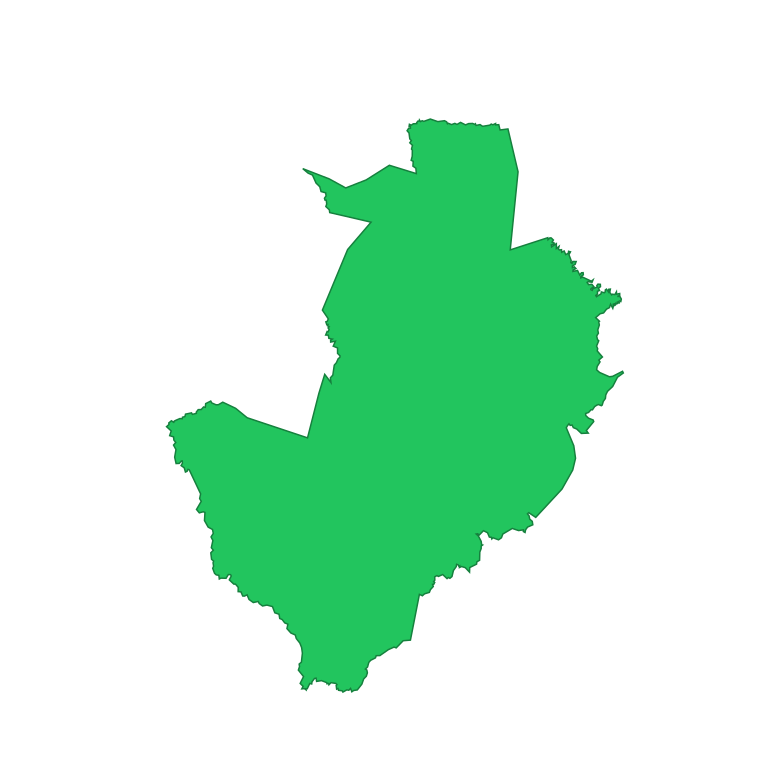 outline of Guachochi, Chihuahua, Mexico, rotated 50°
{"feature_id": "50627088B93853407634097", "entity_name": "Guachochi", "entity_type": "district", "adm_level": 2, "iso_a3": "MEX", "parent_name": "Mexico", "parent_adm1": "Chihuahua", "projection": "mercator", "projection_center": [-107.196, 27.145], "detail": "fine", "context": "isolated", "style": "filled", "palette": "green", "viewbox_px": 768, "rotation_deg": 50, "n_neighbors": 0, "source": "geoboundaries", "source_scale": "gbopen_adm2", "svg_char_len": 6170}
<svg xmlns="http://www.w3.org/2000/svg" viewBox="0 0 768 768"><g transform="rotate(50 384 384)"><path d="M257.6,325.4L287.8,383.7L298.3,384.8L299.5,387.2L299.0,388.6L301.5,389.6L302.4,388.6L302.9,389.9L304.9,389.2L305.1,390.8L307.0,391.0L308.1,393.3L307.2,393.8L309.0,397.2L310.8,395.3L313.6,396.9L316.4,394.7L316.2,396.8L317.6,397.9L320.0,393.7L322.4,398.6L326.5,396.4L330.7,399.9L334.2,399.6L335.2,400.7L335.2,402.9L337.1,406.8L337.6,410.0L344.3,417.5L344.8,421.1L348.8,423.7L338.5,423.2L349.3,439.9L376.1,477.2L321.9,510.5L307.2,513.3L294.3,519.2L293.4,524.2L292.0,526.0L287.8,528.1L285.7,527.7L284.4,533.2L287.0,535.9L285.6,537.0L286.1,540.4L284.2,542.8L284.9,545.9L285.9,546.6L284.1,550.3L282.4,550.0L279.5,555.4L281.0,557.5L279.9,559.7L280.9,560.9L279.3,562.5L278.1,566.4L277.6,568.4L278.2,569.7L275.5,570.5L275.5,573.9L276.8,574.7L276.9,578.0L283.2,577.2L285.8,581.4L289.2,579.2L291.9,581.0L294.9,581.1L295.5,584.5L300.5,585.5L305.5,591.4L311.3,594.4L313.2,591.9L312.7,588.7L313.3,588.0L315.1,589.3L316.1,591.9L319.7,590.9L323.8,592.7L324.3,591.0L323.4,589.0L324.4,588.3L350.3,595.1L353.3,598.9L356.4,599.4L359.6,608.3L364.0,608.3L365.7,604.6L367.3,603.7L373.2,609.3L380.6,610.7L385.2,608.9L388.7,610.8L390.0,614.8L393.9,615.7L398.4,621.5L401.6,621.6L402.0,625.2L407.5,628.8L410.1,628.3L411.1,629.9L414.1,631.7L415.1,633.7L420.1,635.5L422.4,635.2L424.4,633.5L427.5,635.5L427.9,633.7L431.3,629.9L429.9,625.7L431.4,624.1L432.9,624.4L434.6,628.4L440.7,627.7L441.9,626.4L446.1,626.4L449.3,629.2L451.3,627.2L455.6,628.5L456.8,627.2L457.5,624.4L462.3,625.9L467.4,624.6L469.7,620.2L472.0,620.7L476.0,619.7L478.1,615.8L482.8,612.5L489.1,614.7L492.9,612.4L496.6,614.6L499.0,613.4L503.2,613.6L506.2,612.0L509.0,615.6L514.9,615.4L519.2,613.3L522.6,614.8L528.4,615.0L532.9,616.5L537.7,619.5L544.0,626.1L544.0,629.0L546.2,630.4L548.1,633.5L556.4,633.7L559.5,640.7L563.6,640.3L564.7,642.9L566.2,640.8L568.2,640.3L567.2,639.7L568.1,638.7L565.7,633.4L567.3,632.2L565.8,630.5L564.9,626.5L565.7,625.1L568.5,626.8L571.1,622.5L576.0,619.8L577.0,620.4L577.8,618.9L579.0,619.5L578.7,616.6L582.5,613.3L584.1,613.3L584.2,614.4L587.3,616.4L587.7,615.0L589.4,615.7L592.2,613.2L593.6,613.5L594.4,609.1L596.0,607.8L595.7,605.3L599.1,606.5L599.3,604.2L601.2,601.1L599.7,593.9L596.9,589.2L596.5,585.4L594.6,582.4L592.1,581.0L590.4,581.5L590.2,578.5L587.5,574.6L587.1,571.8L588.3,566.6L587.1,564.6L589.4,561.7L590.3,551.4L592.0,545.4L594.0,544.3L593.0,534.3L597.2,528.4L567.9,492.1L570.9,490.7L570.8,487.8L572.8,483.2L571.4,480.7L570.8,476.4L568.7,475.6L569.4,474.6L568.6,472.7L567.3,473.0L566.9,471.1L564.3,469.1L564.8,466.6L566.4,466.0L567.7,461.5L573.6,460.8L573.6,459.1L575.2,458.4L575.2,455.7L571.5,450.7L570.3,446.0L568.8,444.3L570.3,443.4L571.8,443.8L572.0,442.9L573.1,444.1L573.7,441.9L576.9,439.8L583.1,439.4L579.7,436.3L581.5,428.9L579.9,427.2L580.5,424.1L574.3,418.6L572.5,415.3L570.6,413.7L570.7,412.0L569.9,412.5L567.0,410.7L561.1,409.4L558.2,409.8L558.9,408.5L560.9,408.1L560.3,402.1L564.5,400.3L569.0,401.7L570.4,400.3L572.0,401.0L571.8,399.4L577.0,396.4L577.3,392.9L575.3,389.4L577.1,378.6L582.8,375.1L585.3,371.0L586.6,372.1L588.4,371.4L586.7,369.2L585.9,366.0L587.5,360.5L584.5,358.7L581.2,359.2L578.2,357.6L575.7,357.6L575.6,355.8L583.7,353.5L578.9,315.2L571.2,294.7L564.0,285.0L553.3,278.3L534.7,272.5L534.0,270.7L533.4,267.9L535.4,268.0L536.3,266.3L539.1,267.0L542.4,265.3L548.7,264.6L552.9,259.1L549.7,258.9L547.6,247.5L546.0,246.9L541.6,249.3L537.8,249.7L536.2,248.5L537.3,245.6L536.8,241.9L537.8,240.9L536.7,237.2L537.0,234.6L537.6,232.9L540.3,231.5L540.4,230.4L538.3,227.2L537.4,223.7L534.9,221.1L533.3,217.5L532.9,210.4L528.9,200.8L529.4,193.6L527.6,193.1L525.1,203.9L523.3,206.7L513.8,211.4L509.8,212.0L507.6,209.4L505.9,204.3L503.8,204.1L503.7,199.3L495.7,199.4L494.3,197.6L491.6,196.8L488.9,191.7L487.2,191.9L483.9,190.2L482.9,187.1L480.0,185.5L477.2,181.1L474.4,179.6L474.4,178.6L469.2,179.2L469.1,173.3L470.7,170.1L469.7,165.4L470.4,162.2L468.5,159.1L473.1,160.1L471.5,157.8L472.3,156.7L471.0,157.7L470.2,157.1L470.8,155.7L472.1,155.7L471.2,154.3L472.2,154.2L472.5,153.2L471.5,152.6L473.7,151.3L471.6,151.6L471.9,150.0L473.0,149.5L471.5,147.6L468.5,147.0L466.9,149.0L467.7,146.5L466.2,145.3L464.7,148.1L462.8,146.7L463.9,149.7L462.1,151.2L462.1,152.3L459.0,152.2L456.8,149.6L455.9,151.0L457.7,152.8L454.3,152.6L454.2,154.0L455.6,155.3L455.7,156.6L453.2,158.3L454.4,159.8L453.7,165.1L452.3,164.8L452.3,162.7L450.2,160.9L450.9,158.8L448.5,158.2L448.6,155.6L446.7,154.2L445.0,155.9L445.4,157.7L446.8,158.2L445.3,162.7L446.1,164.3L444.6,164.9L444.0,164.1L444.4,160.7L441.2,160.7L439.4,163.4L436.7,163.1L436.8,161.9L439.8,159.2L438.6,157.0L438.5,159.1L429.9,163.1L429.2,165.1L428.3,164.3L428.5,161.1L426.7,159.9L425.7,161.2L426.3,164.0L421.4,162.8L419.2,166.9L418.2,165.9L418.9,162.8L416.6,162.9L416.0,164.9L414.6,163.8L415.2,160.7L413.7,158.1L411.5,160.6L412.5,162.5L411.1,162.8L409.8,161.3L403.8,159.2L402.6,156.2L401.0,157.3L402.3,158.8L401.7,161.6L397.9,160.5L397.3,163.2L395.2,161.7L394.1,163.5L392.7,163.7L391.1,161.5L391.0,164.9L387.3,161.8L386.7,167.5L384.9,166.3L385.9,164.3L385.5,163.0L383.3,164.0L382.6,161.7L379.6,162.0L378.7,163.0L378.9,165.6L377.2,164.5L362.4,201.1L307.6,144.9L268.3,125.1L264.0,131.8L259.1,129.4L257.2,132.0L256.2,131.1L255.4,134.0L253.8,134.8L253.7,136.6L250.0,142.8L247.0,143.7L245.1,147.3L243.4,146.7L243.4,147.6L241.3,148.7L238.9,151.8L237.9,155.0L232.8,157.2L232.1,161.2L229.9,162.2L228.7,165.5L225.2,167.4L225.3,168.1L223.4,167.5L221.2,168.4L217.6,174.1L210.8,178.2L208.4,184.7L206.9,185.5L206.4,187.4L204.6,187.2L205.3,188.0L204.4,189.0L204.8,190.9L205.6,191.5L203.5,194.3L203.2,196.8L201.4,197.6L202.7,199.1L203.7,198.3L205.0,199.3L203.9,200.6L204.8,203.5L207.8,203.5L212.8,206.7L215.1,206.6L215.8,209.2L219.5,208.8L221.7,211.9L223.1,212.0L227.7,216.0L230.1,219.4L232.2,218.5L235.7,221.8L239.2,220.9L243.6,224.0L219.9,239.3L216.2,266.5L209.2,287.3L191.7,294.1L166.8,307.8L173.7,306.6L178.0,304.5L186.4,306.9L191.6,306.4L196.1,308.5L200.1,305.8L202.7,307.5L203.4,310.2L205.2,311.0L206.1,310.1L209.3,312.2L210.7,314.5L215.4,313.9L217.8,315.4L251.7,289.9L257.6,325.4Z" fill="#22c55e" stroke="#15803d" stroke-width="1.5"/></g></svg>